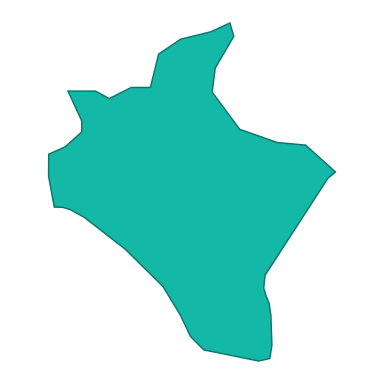 Kačanik, orthographic projection
{"feature_id": "KOS-5915", "entity_name": "Kačanik", "entity_type": "District", "adm_level": 1, "iso_a3": "XKX", "parent_name": "Kosovo", "parent_adm1": "", "projection": "orthographic", "projection_center": [21.226, 42.206], "detail": "fine", "context": "isolated", "style": "filled", "palette": "teal", "viewbox_px": 384, "rotation_deg": 0, "n_neighbors": 0, "source": "natural_earth", "source_scale": "10m", "svg_char_len": 637}
<svg xmlns="http://www.w3.org/2000/svg" viewBox="0 0 384 384"><path d="M335.4,172.1L328.0,178.1L265.1,275.2L263.7,287.9L266.0,295.7L269.2,303.5L270.9,315.8L271.9,345.2L271.4,348.3L269.8,358.5L258.6,361.0L212.3,351.6L203.7,349.9L194.6,340.6L190.4,336.3L180.6,315.5L163.0,286.5L125.0,249.0L84.2,217.3L69.8,209.4L62.6,207.3L54.3,207.1L48.6,176.4L48.7,154.2L65.2,146.8L81.7,132.0L81.7,120.8L68.0,91.1L95.5,91.1L109.2,98.6L131.2,87.5L150.4,87.5L158.6,54.1L180.6,39.2L210.8,31.8L229.9,23.0L233.8,36.3L215.2,68.2L212.2,92.1L239.7,129.3L277.1,142.5L305.6,145.1L335.1,171.6L335.4,172.1Z" fill="#14b8a6" stroke="#0f766e" stroke-width="1.5"/></svg>